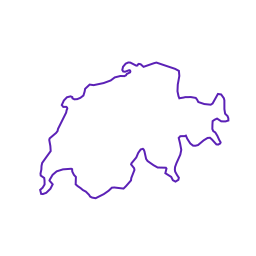 an SVG outline of Switzerland, rotated 346°
{"feature_id": "CHE", "entity_name": "Switzerland", "entity_type": "country or territory", "adm_level": 0, "iso_a3": "CHE", "parent_name": "Europe", "parent_adm1": "", "projection": "mercator", "projection_center": [8.313, 46.803], "detail": "fine", "context": "isolated", "style": "outline", "palette": "violet", "viewbox_px": 256, "rotation_deg": 346, "n_neighbors": 0, "source": "natural_earth", "source_scale": "50m", "svg_char_len": 2290}
<svg xmlns="http://www.w3.org/2000/svg" viewBox="0 0 256 256"><g transform="rotate(346 128 128)"><path d="M186.6,81.1L188.0,82.0L191.2,84.9L190.4,89.9L186.8,97.9L184.9,104.3L184.7,109.3L185.0,111.6L185.7,111.6L189.2,111.9L190.9,111.9L196.5,113.2L201.0,115.2L201.9,117.2L202.5,119.8L207.8,123.2L213.9,125.4L216.0,124.7L223.5,116.7L226.5,118.0L228.2,122.3L228.2,124.5L226.1,133.0L225.7,137.6L227.5,140.6L227.7,142.9L227.2,145.0L224.2,145.2L220.1,144.1L216.7,140.4L214.1,140.9L211.8,141.8L210.7,145.3L209.6,149.4L210.0,151.7L211.6,153.4L212.8,157.2L213.7,162.0L214.4,164.3L213.7,165.3L211.5,165.9L209.8,165.3L206.7,159.5L205.2,157.3L202.8,156.9L198.4,158.3L191.8,161.5L189.1,161.5L186.9,160.9L184.7,158.1L182.9,152.8L182.3,149.4L181.1,149.6L176.8,148.6L174.8,149.9L174.8,155.4L174.4,162.1L172.3,166.5L166.4,174.0L164.2,177.3L163.4,179.7L163.2,181.7L164.1,185.2L165.3,188.6L164.3,190.5L161.1,191.5L158.9,189.5L158.1,185.9L153.3,180.9L155.5,176.7L155.1,175.7L147.2,173.5L143.8,170.3L139.0,164.8L138.1,162.4L138.3,154.6L138.0,152.7L137.4,151.8L135.1,151.9L131.9,154.6L128.9,158.6L122.8,163.1L122.2,164.1L124.2,168.5L124.1,170.3L119.1,177.3L118.2,179.6L111.9,184.0L109.0,185.7L100.3,182.4L97.9,182.0L94.0,184.2L88.5,186.3L79.6,188.3L76.3,186.8L74.7,185.4L74.0,183.3L71.7,179.5L69.2,177.3L67.5,174.9L65.1,172.2L63.6,170.0L65.6,162.9L64.2,160.4L63.4,156.8L63.8,154.4L63.0,153.8L54.9,152.4L48.3,152.8L43.5,155.2L39.6,159.2L39.1,160.0L39.4,160.7L41.3,164.4L38.0,168.2L33.0,171.1L29.4,171.5L27.8,170.9L27.8,166.8L30.7,165.3L33.4,162.6L34.3,158.8L34.6,156.2L31.8,153.0L32.1,151.0L33.9,147.3L34.9,143.9L36.3,141.1L41.8,136.4L47.4,131.7L48.3,126.7L48.7,120.5L49.5,119.1L57.0,115.4L58.9,113.9L59.9,111.9L65.8,105.0L71.7,98.1L72.8,95.8L73.8,94.5L73.8,93.4L73.1,92.5L70.3,91.9L69.3,89.7L72.4,85.8L76.2,83.4L79.9,83.4L81.4,84.5L81.3,85.8L82.9,87.2L85.7,87.7L89.1,87.2L92.6,85.7L94.7,82.2L95.9,79.6L101.3,76.6L105.0,78.1L115.2,78.5L122.7,77.7L127.4,75.7L133.2,75.7L137.1,76.8L137.7,76.6L138.8,76.4L139.9,75.3L143.5,74.5L144.0,73.6L143.9,72.7L143.2,72.2L138.7,72.7L137.0,72.0L136.5,70.3L138.0,67.4L141.3,65.0L144.1,64.5L146.1,65.1L151.1,69.5L152.3,69.6L152.9,68.8L154.0,68.4L155.7,69.2L157.6,72.0L157.9,72.4L168.9,71.4L171.4,71.4L178.9,76.2L186.6,81.1Z" fill="none" stroke="#5b21b6" stroke-width="2"/></g></svg>